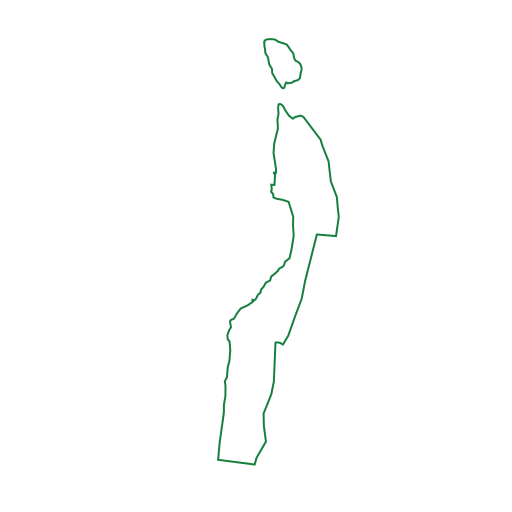 Foa, Ha'apai, Tonga, rotated 317°
{"feature_id": "48082658B59083030943668", "entity_name": "Foa", "entity_type": "district", "adm_level": 2, "iso_a3": "TON", "parent_name": "Tonga", "parent_adm1": "Ha'apai", "projection": "orthographic", "projection_center": [-174.289, -19.734], "detail": "fine", "context": "isolated", "style": "outline", "palette": "green", "viewbox_px": 512, "rotation_deg": 317, "n_neighbors": 0, "source": "geoboundaries", "source_scale": "gbopen_adm2", "svg_char_len": 2614}
<svg xmlns="http://www.w3.org/2000/svg" viewBox="0 0 512 512"><g transform="rotate(317 256 256)"><path d="M112.8,407.6L118.7,404.0L136.7,398.5L146.2,385.2L154.1,376.4L173.0,367.5L183.3,360.1L211.0,332.8L211.3,332.6L211.8,333.1L213.2,334.3L214.4,336.1L215.3,339.1L225.2,336.3L244.2,326.4L260.3,318.4L274.8,307.8L315.2,281.8L328.1,296.0L343.3,283.8L347.3,278.3L355.3,268.1L361.7,252.3L373.6,236.3L379.8,220.5L382.6,214.9L385.5,186.6L384.4,183.8L379.3,181.0L376.6,180.7L375.8,176.0L376.7,169.7L377.7,166.1L378.0,164.3L377.9,162.9L377.4,161.4L376.1,160.5L374.6,161.5L372.9,163.1L369.5,167.3L366.3,169.7L364.3,171.2L361.6,174.7L358.5,178.1L354.2,180.8L346.0,186.2L339.1,192.6L329.9,206.1L327.4,208.7L326.0,207.3L325.5,207.7L325.6,209.4L317.9,216.6L315.8,214.3L313.1,217.9L310.8,219.4L310.8,222.4L308.7,225.1L309.9,227.9L313.5,232.7L316.8,238.6L310.1,252.5L309.7,253.0L303.8,259.0L298.2,266.0L295.1,268.7L286.6,275.3L279.0,280.5L273.3,280.0L270.5,281.7L268.5,282.1L264.5,281.1L261.8,281.8L258.1,281.8L253.1,281.4L249.6,283.5L245.2,282.3L244.0,282.5L240.8,283.6L236.9,284.0L234.1,285.9L231.1,285.7L227.1,287.1L225.9,287.3L223.8,287.1L223.9,286.1L223.6,285.6L223.1,286.0L223.2,287.2L220.8,287.1L216.4,286.4L209.0,284.0L202.9,285.0L197.1,286.8L194.2,285.7L192.3,286.2L189.1,291.0L185.4,292.1L180.8,294.6L178.5,297.7L178.3,300.6L172.8,307.5L164.5,315.0L159.8,317.8L152.0,324.9L147.7,326.4L145.3,330.0L138.0,337.7L131.1,342.9L125.7,348.6L101.8,368.0L89.3,379.2L112.8,407.6ZM407.4,105.7L405.7,107.8L404.8,109.0L403.7,110.8L402.9,111.9L401.9,113.1L401.3,114.0L401.1,114.8L400.8,115.8L400.7,116.8L400.5,117.8L400.2,118.7L399.4,120.2L398.6,121.3L397.8,122.8L396.7,124.4L396.1,125.9L395.8,127.3L395.6,128.8L395.5,129.4L395.1,130.4L394.2,131.4L393.3,132.5L392.6,133.3L392.3,133.9L392.2,134.4L392.2,135.3L391.8,136.8L391.4,138.1L391.2,139.2L390.9,140.6L390.4,142.4L390.4,145.2L390.4,146.7L389.9,148.6L389.8,149.8L389.8,150.8L390.2,151.8L391.1,152.2L392.2,151.8L393.0,151.1L394.0,150.7L395.5,150.0L396.4,149.7L396.7,150.5L397.1,151.5L398.1,152.0L399.0,152.6L400.0,153.5L400.9,153.8L401.8,154.0L402.8,154.0L403.9,154.6L405.8,155.5L406.7,155.9L407.3,156.0L408.1,156.0L409.2,155.9L410.2,155.3L411.2,154.5L412.3,153.6L413.7,152.5L415.4,151.6L416.6,150.6L418.3,148.4L419.3,145.4L419.2,143.1L418.5,141.0L418.1,140.1L418.6,137.9L419.6,136.2L420.4,135.0L421.5,133.1L421.6,131.2L421.8,128.6L422.1,127.0L422.3,125.5L422.7,122.6L421.7,120.2L420.0,117.4L419.1,115.7L418.5,114.7L417.7,111.2L417.0,110.0L415.7,108.5L414.1,106.9L412.3,105.4L410.2,104.4L408.1,104.8L407.9,105.5L407.4,105.7Z" fill="none" stroke="#15803d" stroke-width="2"/></g></svg>